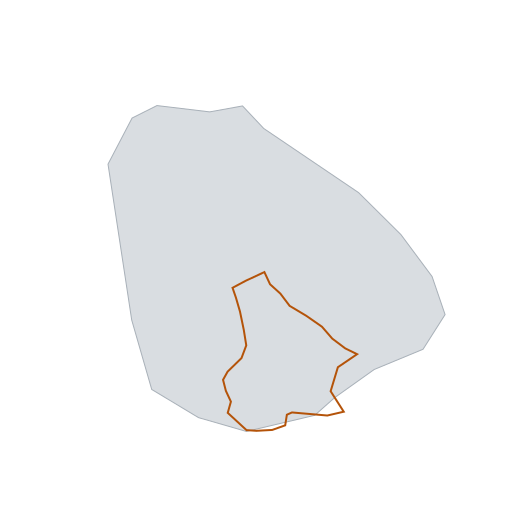 where La Massana sits in Andorra, rotated 245°
{"feature_id": "AND-4877", "entity_name": "La Massana", "entity_type": "state/province", "adm_level": 1, "iso_a3": "AND", "parent_name": "Andorra", "parent_adm1": "", "projection": "mercator", "projection_center": [1.476, 42.553], "detail": "fine", "context": "in_parent", "style": "outline", "palette": "amber", "viewbox_px": 512, "rotation_deg": 245, "n_neighbors": 0, "source": "natural_earth", "source_scale": "10m", "svg_char_len": 831}
<svg xmlns="http://www.w3.org/2000/svg" viewBox="0 0 512 512"><g transform="rotate(245 256 256)"><path d="M397.7,307.2L368.3,316.9L270.0,375.8L214.1,396.4L163.0,406.9L123.0,402.6L100.9,368.0L103.2,315.2L94.4,267.4L86.8,241.9L101.1,173.1L133.8,135.6L179.1,105.1L250.5,116.3L401.8,160.7L433.4,202.0L434.2,229.8L406.2,274.9L397.7,307.2Z" fill="#d9dde1" stroke="#a8b0b8" stroke-width="1"/><path d="M102.2,173.8L125.8,164.1L134.6,171.7L146.5,171.7L157.7,173.8L163.2,181.4L169.6,199.7L179.1,209.4L194.2,213.7L212.4,218.0L226.7,220.2L237.1,221.3L237.9,236.4L237.9,256.8L224.4,256.8L211.6,262.2L196.6,265.4L180.7,276.2L164.0,285.9L148.9,290.2L134.6,297.8L124.3,306.1L120.6,283.2L101.9,266.5L77.8,269.7L81.3,253.2L99.0,222.5L99.1,216.9L90.2,210.9L91.5,197.2L97.4,182.5L102.2,173.8Z" fill="none" stroke="#b45309" stroke-width="2"/></g></svg>